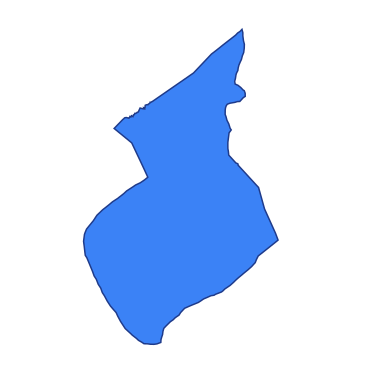 Ile Oluji/Okeigbo, Ondo, Nigeria, rotated 147°
{"feature_id": "59680162B60046857326615", "entity_name": "Ile Oluji/Okeigbo", "entity_type": "district", "adm_level": 2, "iso_a3": "NGA", "parent_name": "Nigeria", "parent_adm1": "Ondo", "projection": "natural_earth1", "projection_center": [4.846, 7.238], "detail": "fine", "context": "isolated", "style": "filled", "palette": "blue", "viewbox_px": 384, "rotation_deg": 147, "n_neighbors": 0, "source": "geoboundaries", "source_scale": "gbopen_adm2", "svg_char_len": 2971}
<svg xmlns="http://www.w3.org/2000/svg" viewBox="0 0 384 384"><g transform="rotate(147 192 192)"><path d="M298.3,219.1L300.7,218.3L303.6,216.3L305.3,215.0L309.8,209.7L312.0,205.1L314.3,200.5L316.0,197.0L316.0,194.2L316.5,191.3L317.6,185.4L318.7,179.5L319.8,174.9L319.8,170.9L320.9,165.7L320.9,161.1L322.0,156.5L322.0,152.5L322.5,146.6L322.5,140.7L321.9,136.1L321.3,132.2L321.9,128.3L322.4,122.3L322.4,117.1L322.4,113.8L321.2,109.2L320.4,106.1L320.1,104.6L318.3,99.4L317.7,96.8L316.0,93.5L314.9,90.9L312.0,88.9L309.8,87.0L306.9,85.0L304.1,83.7L300.1,82.8L298.4,85.1L296.2,87.0L294.4,88.4L292.2,91.0L289.9,93.0L287.1,93.7L283.7,94.4L280.8,95.0L277.4,95.1L274.6,95.7L272.3,95.8L270.0,95.8L267.2,97.1L264.4,97.8L261.5,98.5L257.0,97.8L253.6,97.2L246.8,95.9L243.9,95.9L243.4,95.9L240.5,96.0L236.5,95.3L232.6,94.7L229.7,93.4L228.0,93.4L221.8,92.1L220.1,92.2L217.2,92.8L211.0,92.9L206.4,93.6L203.6,94.2L201.2,94.6L199.1,94.9L194.7,95.4L193.4,95.6L187.1,96.3L182.6,97.0L178.4,98.1L177.5,98.3L174.7,100.3L171.3,102.3L164.7,102.9L161.7,103.2L147.5,104.6L147.3,104.6L146.0,104.8L144.4,112.1L140.4,138.3L133.7,159.6L134.3,162.9L138.6,188.5L138.8,189.0L138.7,189.1L138.2,190.7L139.3,192.4L139.4,192.5L141.1,202.9L139.4,206.2L138.3,208.8L136.6,211.5L134.9,214.1L128.7,221.4L125.3,222.7L125.3,224.7L124.2,228.6L124.1,228.8L123.6,233.2L122.5,236.5L121.9,239.1L120.4,241.3L119.7,242.4L118.7,243.6L118.0,244.4L117.1,245.1L116.3,245.7L114.6,246.4L111.8,245.8L107.2,243.8L104.9,243.2L102.6,241.9L97.5,243.2L95.3,243.2L93.6,245.9L93.0,248.5L93.6,249.8L94.2,253.1L95.3,256.4L97.0,259.0L96.5,260.3L95.9,261.6L93.7,263.6L91.4,266.2L90.6,266.9L89.7,267.6L87.4,268.9L85.7,270.9L83.5,272.9L80.7,274.8L78.4,276.2L75.6,278.8L72.7,280.8L69.9,284.1L67.6,287.4L66.5,290.7L64.3,295.3L62.6,297.9L61.5,301.2L64.3,300.5L67.1,300.5L70.0,299.8L85.3,298.5L94.2,297.6L100.5,297.1L125.9,291.0L162.5,289.9L169.5,289.7L176.1,289.5L176.4,289.6L177.2,289.6L177.8,289.7L178.2,290.1L178.9,289.5L181.1,289.4L181.4,289.2L182.1,289.7L182.9,290.0L184.0,290.2L184.7,289.3L185.5,288.3L186.1,288.8L186.5,289.1L186.6,287.6L188.0,288.7L188.4,289.1L189.8,290.7L192.5,289.0L192.7,288.8L193.0,288.6L193.3,288.4L193.5,288.4L193.8,288.4L194.1,288.6L194.7,288.7L195.0,288.6L195.3,288.4L196.4,288.7L196.8,288.7L197.0,288.9L197.2,289.1L198.0,288.5L199.1,288.2L199.2,288.4L199.4,288.2L200.1,287.7L200.5,287.4L200.8,288.2L201.2,289.0L201.6,288.8L202.4,288.2L202.9,288.9L203.0,289.1L203.3,288.8L203.5,288.7L204.0,288.5L204.4,288.4L204.5,288.5L204.8,288.3L205.0,288.5L205.6,289.2L206.1,289.8L206.5,290.2L207.5,290.7L208.3,290.9L209.3,290.6L210.6,290.5L222.7,287.7L216.2,267.3L215.8,266.0L218.8,243.8L219.5,238.8L219.6,238.0L221.0,228.5L221.2,228.4L222.6,228.3L225.3,228.0L230.4,227.9L235.5,228.6L238.9,228.5L241.7,228.5L246.3,228.5L250.2,227.8L258.2,227.1L263.9,227.1L269.5,226.4L276.1,225.8L276.9,225.7L284.3,224.3L285.5,223.8L290.5,221.6L292.4,221.0L296.8,219.6L298.3,219.1Z" fill="#3b82f6" stroke="#1e3a8a" stroke-width="1.5"/></g></svg>